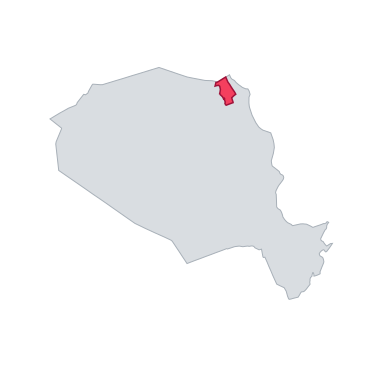 N'Guigmi, Diffa, Niger shown in context, rotated 249°
{"feature_id": "23599985B27242520162456", "entity_name": "N'Guigmi", "entity_type": "district", "adm_level": 2, "iso_a3": "NER", "parent_name": "Niger", "parent_adm1": "Diffa", "projection": "robinson", "projection_center": [12.657, 14.178], "detail": "fine", "context": "in_parent", "style": "filled", "palette": "rose", "viewbox_px": 384, "rotation_deg": 249, "n_neighbors": 0, "source": "geoboundaries", "source_scale": "gbopen_adm2", "svg_char_len": 3778}
<svg xmlns="http://www.w3.org/2000/svg" viewBox="0 0 384 384"><g transform="rotate(249 192 192)"><path d="M288.0,269.0L284.9,269.1L283.1,269.7L280.9,271.6L278.4,272.4L275.3,274.1L273.4,275.4L271.6,276.5L269.1,279.1L268.2,281.1L265.8,281.5L262.3,281.2L260.1,279.2L254.9,277.1L251.6,276.2L250.1,276.0L242.2,275.6L233.9,276.4L229.6,277.4L228.8,277.6L226.4,278.9L224.4,280.3L219.0,286.7L211.8,286.5L207.6,285.8L204.0,284.8L198.9,281.8L192.7,277.2L190.3,276.6L188.1,276.2L187.4,276.3L179.9,280.8L178.5,280.7L176.7,281.2L175.6,282.4L174.7,282.9L173.8,283.0L172.6,282.8L171.5,282.1L170.4,280.8L167.3,275.8L166.7,274.9L165.4,273.4L163.2,271.0L161.7,269.9L160.8,269.7L159.7,269.8L153.7,267.8L147.8,265.7L146.4,266.0L145.5,266.4L143.4,268.0L141.0,268.3L137.9,268.2L136.2,267.9L133.4,268.5L131.6,269.1L129.2,270.2L126.1,273.1L125.2,273.4L124.5,273.9L123.3,281.9L122.5,284.2L120.9,287.4L117.8,290.4L115.6,292.2L115.6,294.7L115.4,298.7L115.3,301.5L115.4,303.3L115.1,304.1L114.9,304.9L115.0,306.1L115.5,306.6L115.8,307.4L115.6,308.0L114.6,308.7L113.5,306.9L112.1,305.6L110.6,305.0L109.5,304.1L109.0,302.8L107.0,300.4L102.3,295.4L101.8,295.3L101.0,295.1L99.7,295.7L98.9,296.5L98.3,296.8L97.4,296.9L95.2,297.5L93.4,298.3L93.4,299.0L94.2,302.7L93.7,304.7L93.0,303.8L90.4,300.0L88.7,297.2L88.3,296.6L88.1,295.6L88.3,295.2L89.0,294.9L90.6,294.5L90.9,294.3L91.0,293.5L90.8,292.1L89.9,290.1L89.0,288.8L88.4,288.6L87.5,288.5L86.4,288.7L84.4,290.3L83.5,290.6L81.5,290.5L79.6,290.1L78.5,289.3L75.2,286.2L71.6,282.9L70.1,282.5L69.7,282.1L69.5,279.6L69.6,276.5L69.8,275.7L71.3,276.2L73.0,276.4L73.5,275.9L72.2,274.8L70.3,273.7L69.7,272.0L69.1,271.5L68.3,270.9L67.3,270.6L66.4,270.1L65.7,269.6L64.6,269.4L63.5,269.1L61.9,266.4L60.3,263.8L59.3,261.7L59.0,260.5L59.5,258.4L59.1,257.5L57.3,255.4L55.8,253.4L56.2,250.3L56.5,247.8L56.6,246.1L56.8,245.2L57.0,244.2L58.0,243.9L60.6,243.9L65.5,244.4L69.5,243.8L69.7,243.7L72.5,241.0L75.6,238.1L80.3,237.8L85.3,237.5L89.2,237.4L95.0,237.1L99.6,237.0L105.0,236.7L105.2,235.4L105.5,235.1L106.0,235.0L110.0,235.7L113.7,236.4L114.0,233.9L117.3,230.8L119.1,230.2L119.6,229.6L120.2,228.6L120.6,226.9L120.8,225.8L121.5,224.8L122.0,223.0L122.7,219.9L124.6,216.7L125.7,212.2L125.9,208.0L126.1,204.7L126.7,204.1L126.7,198.3L126.8,192.5L126.8,187.6L126.9,181.5L126.9,176.1L127.0,170.3L127.0,165.1L127.0,161.7L130.8,160.9L134.7,160.0L140.3,158.8L146.5,157.4L153.2,155.9L154.7,155.0L159.8,150.1L162.1,147.8L166.6,143.3L170.1,139.9L174.6,135.5L179.3,131.1L183.1,127.5L189.0,123.5L197.9,117.5L206.8,111.5L215.7,105.5L224.5,99.4L233.4,93.4L242.2,87.4L251.1,81.3L259.9,75.3L268.7,77.6L277.2,79.8L285.6,82.0L287.6,83.2L292.1,87.5L297.9,93.0L298.2,93.0L298.4,93.1L304.0,89.8L311.1,85.6L313.1,97.0L314.5,106.8L314.6,113.1L314.7,114.7L315.3,115.8L316.6,116.9L322.0,125.9L320.9,127.5L321.7,130.3L323.1,131.5L327.6,136.9L328.2,137.9L327.9,138.8L324.9,145.1L324.3,146.7L323.7,154.7L323.3,160.4L322.7,168.2L322.1,177.6L321.5,185.5L320.8,195.9L320.1,205.8L315.6,211.2L307.6,220.8L301.1,228.7L297.8,233.9L291.5,244.1L288.6,250.8L286.4,254.2L285.3,255.7L286.3,260.6L288.0,269.0Z" fill="#d9dde1" stroke="#a8b0b8" stroke-width="1"/><path d="M267.6,267.9L269.9,267.6L273.7,266.7L276.5,266.1L278.8,265.7L279.9,265.4L281.7,264.9L287.3,264.7L286.7,261.6L285.8,257.0L285.4,254.6L285.7,253.6L282.6,251.5L282.5,252.8L282.2,254.7L282.1,255.0L280.8,255.8L277.6,255.3L275.1,253.9L273.8,253.0L273.5,253.3L272.6,253.3L271.3,254.0L269.9,254.6L268.5,254.8L267.2,254.8L267.1,255.3L268.2,255.3L268.2,255.7L267.8,255.9L267.1,255.8L266.8,255.4L265.2,255.3L264.2,255.3L262.9,254.5L261.7,254.6L260.7,254.6L260.8,254.6L260.8,254.8L260.7,262.4L261.9,262.6L263.1,262.6L263.8,262.7L265.5,262.8L265.9,263.0L265.9,263.3L266.7,265.0L267.1,266.2L267.6,267.9Z" fill="#f43f5e" stroke="#9f1239" stroke-width="1.5"/></g></svg>